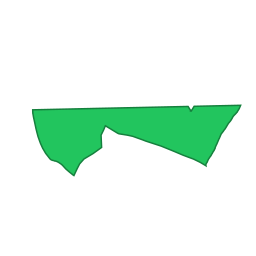 Shahin, Al Mahrah, Yemen, rotated 293°
{"feature_id": "15242507B71328549079212", "entity_name": "Shahin", "entity_type": "district", "adm_level": 2, "iso_a3": "YEM", "parent_name": "Yemen", "parent_adm1": "Al Mahrah", "projection": "orthographic", "projection_center": [52.4, 17.895], "detail": "fine", "context": "isolated", "style": "filled", "palette": "green", "viewbox_px": 256, "rotation_deg": 293, "n_neighbors": 0, "source": "geoboundaries", "source_scale": "gbopen_adm2", "svg_char_len": 3976}
<svg xmlns="http://www.w3.org/2000/svg" viewBox="0 0 256 256"><g transform="rotate(293 128 128)"><path d="M63.1,96.8L70.9,97.1L76.1,97.5L82.3,99.6L90.8,105.8L99.8,111.3L110.9,106.0L116.5,106.3L121.2,106.3L121.2,106.5L119.2,120.2L119.1,121.4L119.2,122.2L121.2,130.3L122.2,135.6L122.8,146.0L122.9,149.4L124.3,165.6L124.5,179.3L124.5,189.6L124.6,191.5L124.7,194.3L125.0,200.5L124.6,208.0L123.7,214.5L124.0,214.3L124.3,214.2L124.5,214.1L124.8,214.0L125.0,214.0L125.3,213.9L125.5,213.9L125.9,213.9L126.2,213.9L126.4,214.0L126.7,214.1L127.0,214.1L127.3,214.2L127.5,214.2L127.8,214.2L128.1,214.2L128.4,214.2L128.7,214.2L129.0,214.2L129.3,214.2L129.6,214.2L129.9,214.2L130.2,214.2L130.5,214.3L131.0,214.3L131.3,214.3L131.6,214.4L131.9,214.5L132.2,214.5L132.5,214.6L132.8,214.7L133.1,214.7L133.3,214.7L133.6,214.8L133.9,214.9L134.1,214.9L134.4,215.0L134.5,215.1L134.8,215.1L135.1,215.2L135.4,215.2L135.7,215.2L136.0,215.3L136.3,215.3L136.6,215.3L136.9,215.3L137.2,215.4L137.6,215.5L137.9,215.5L138.2,215.5L138.5,215.6L139.0,215.6L139.3,215.6L139.6,215.7L139.9,215.8L140.1,215.8L140.4,215.9L140.7,215.9L141.0,215.9L141.1,216.0L141.3,216.0L141.6,216.0L141.9,215.9L142.2,216.0L142.4,216.0L142.7,216.1L143.0,216.2L143.3,216.1L143.8,215.9L144.0,215.9L144.3,215.9L144.6,215.9L144.9,215.9L145.2,215.9L145.5,215.9L145.9,215.9L146.1,215.9L146.5,215.9L146.9,215.9L147.3,216.0L147.6,216.0L147.9,216.0L148.2,216.0L148.5,216.0L148.8,216.0L149.0,216.0L149.5,216.0L149.8,216.0L150.0,216.0L150.3,216.0L150.6,216.0L150.9,216.0L151.1,216.0L151.4,216.0L151.7,216.0L152.1,216.0L152.4,216.0L152.6,216.0L152.9,216.0L153.3,216.0L153.6,216.0L153.9,216.1L154.2,216.1L154.5,216.1L154.8,216.1L155.1,216.1L155.4,216.1L155.6,216.1L155.9,216.1L156.2,216.1L156.4,216.1L156.7,216.1L157.0,216.1L157.4,216.1L157.6,216.1L157.9,216.1L158.3,216.1L158.5,216.1L158.9,216.1L159.1,216.2L159.4,216.2L159.7,216.3L160.0,216.4L160.3,216.5L160.5,216.6L160.8,216.6L161.1,216.7L161.4,216.8L161.7,216.9L161.9,216.9L162.2,217.0L162.6,217.1L162.9,217.1L163.1,217.2L163.4,217.2L163.7,217.3L163.9,217.3L164.2,217.4L164.5,217.5L165.0,217.7L165.3,217.8L165.6,217.8L165.9,217.8L166.1,217.8L166.3,217.9L166.6,218.0L166.9,218.0L167.2,218.0L167.6,218.1L167.9,218.1L168.1,218.2L168.6,218.2L168.9,218.2L169.2,218.3L169.4,218.3L169.7,218.4L170.0,218.4L170.3,218.5L170.5,218.5L170.9,218.5L171.2,218.6L171.5,218.6L171.8,218.7L172.0,218.8L172.3,218.9L172.6,219.0L172.9,219.1L173.1,219.1L173.4,219.2L173.6,219.3L174.0,219.4L174.3,219.5L174.6,219.6L174.9,219.6L175.1,219.7L175.4,219.7L175.6,219.8L175.9,219.8L176.2,219.9L176.5,219.9L176.8,219.9L177.0,220.0L177.3,220.0L177.6,220.0L177.9,220.1L178.3,220.1L178.6,220.1L179.1,220.2L179.3,220.2L179.6,220.2L179.9,220.3L180.1,220.4L180.4,220.5L180.8,220.6L181.1,220.7L181.3,220.8L181.6,220.8L181.8,221.0L182.1,221.1L182.3,221.2L182.6,221.3L182.8,221.4L183.1,221.5L183.3,221.6L183.6,221.7L183.9,221.8L184.2,221.8L184.4,221.9L184.7,222.0L185.0,222.2L185.5,222.2L185.6,222.3L186.0,222.3L186.5,222.4L187.0,222.4L187.2,222.5L187.5,222.5L187.8,222.6L188.1,222.6L188.5,222.7L188.8,222.7L189.1,222.8L189.5,222.8L189.8,222.8L190.0,222.8L190.4,222.8L190.7,222.8L190.9,222.8L191.2,222.8L191.5,222.8L191.8,222.8L192.2,222.8L192.4,222.8L192.6,222.8L192.9,222.8L192.4,221.7L173.8,180.4L168.3,179.6L168.1,178.9L168.8,178.8L168.7,178.6L171.3,174.9L131.7,86.9L131.1,85.6L107.5,33.2L107.3,33.3L107.2,33.3L106.8,33.5L106.1,33.8L104.9,34.4L104.6,34.5L101.7,36.4L101.5,36.5L96.4,40.1L91.4,43.6L89.0,45.4L85.0,48.5L81.5,51.7L79.5,53.6L76.2,57.2L75.9,57.5L75.0,58.8L72.8,61.7L72.0,63.0L71.2,64.5L69.8,67.0L69.4,67.7L69.3,67.9L69.3,68.0L69.0,68.5L68.8,69.1L68.7,69.8L68.7,70.3L68.7,70.6L68.8,71.4L68.8,71.6L69.0,72.3L69.0,72.6L69.0,72.8L69.0,73.6L69.2,74.0L69.3,74.5L69.3,75.0L69.3,75.5L69.4,76.2L69.4,76.3L69.3,76.5L69.2,77.7L69.0,78.8L68.8,79.7L68.6,80.8L68.4,81.4L68.2,81.9L68.1,82.2L67.8,82.9L66.0,86.8L65.3,89.0L64.9,90.2L64.5,91.5L63.3,95.7L63.2,96.1L63.1,96.8Z" fill="#22c55e" stroke="#15803d" stroke-width="1.5"/></g></svg>